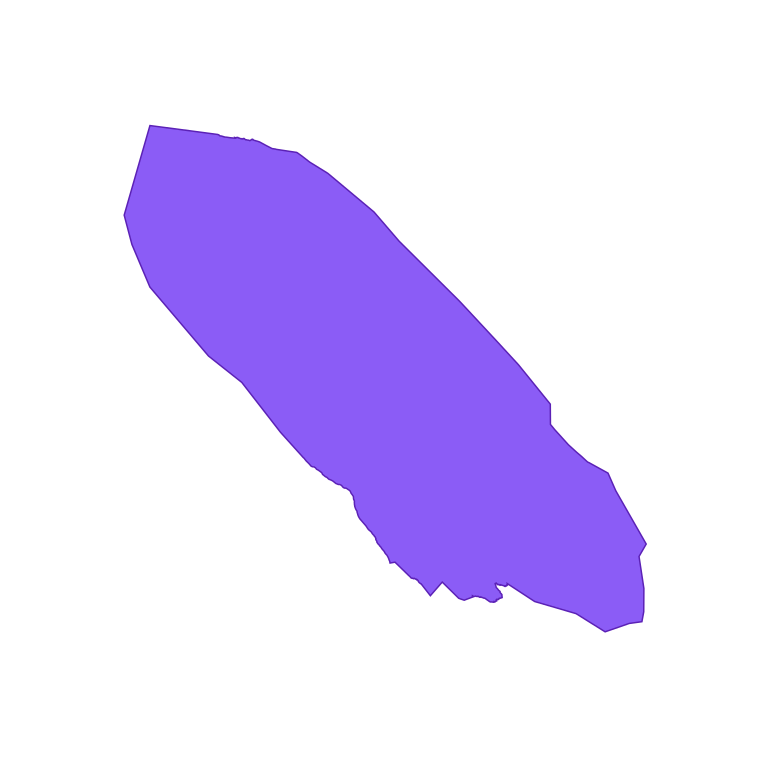 Lesja nor, Oppland, Norway (Equal Earth projection), rotated 49°
{"feature_id": "86288312B96709074525664", "entity_name": "Lesja nor", "entity_type": "district", "adm_level": 2, "iso_a3": "NOR", "parent_name": "Norway", "parent_adm1": "Oppland", "projection": "equal_earth", "projection_center": [8.709, 62.19], "detail": "fine", "context": "isolated", "style": "filled", "palette": "violet", "viewbox_px": 768, "rotation_deg": 49, "n_neighbors": 0, "source": "geoboundaries", "source_scale": "gbopen_adm2", "svg_char_len": 5563}
<svg xmlns="http://www.w3.org/2000/svg" viewBox="0 0 768 768"><g transform="rotate(49 384 384)"><path d="M352.7,493.8L386.4,493.2L387.9,493.0L388.6,493.1L391.1,493.2L394.8,492.9L397.4,492.9L398.2,492.9L399.1,492.5L399.9,492.0L400.6,491.2L401.0,491.1L401.7,490.9L402.3,490.7L403.4,490.8L404.1,490.8L404.9,490.5L406.0,490.1L407.6,489.7L408.7,489.5L409.7,489.2L410.7,489.3L412.0,489.7L413.2,489.4L414.7,489.2L415.7,489.0L416.8,488.4L417.6,488.3L419.0,488.2L420.0,488.0L420.7,487.5L423.0,486.5L424.0,486.2L427.5,485.6L428.1,485.3L428.8,484.9L429.9,484.4L430.2,483.9L430.8,483.4L431.5,483.0L432.4,482.7L433.4,482.6L434.4,482.7L435.4,482.6L436.5,482.2L437.3,481.4L437.6,481.1L438.1,480.8L440.1,480.3L441.5,479.9L442.1,479.8L442.9,479.9L444.1,480.2L444.8,480.5L446.6,480.6L448.8,480.9L450.8,482.4L451.2,482.6L451.7,482.6L452.1,482.9L452.6,483.0L453.4,483.5L453.7,483.9L455.4,485.2L455.9,485.6L456.6,485.9L457.2,486.4L458.8,487.0L459.5,487.3L461.2,487.7L462.1,487.8L462.6,488.0L463.4,488.6L464.5,489.0L465.4,489.5L466.7,490.0L468.2,490.4L470.0,490.7L470.9,490.7L475.2,490.7L476.2,490.7L478.0,490.7L479.2,490.7L482.9,491.2L483.5,491.2L484.0,491.2L486.4,490.8L487.6,490.7L488.1,490.8L488.6,490.9L489.1,491.0L490.3,491.0L490.9,491.0L491.4,490.9L492.0,490.9L492.4,491.1L492.9,491.2L493.6,491.0L494.0,491.1L494.5,491.3L494.9,491.5L495.3,491.5L495.5,491.7L495.7,492.0L496.0,492.2L496.6,492.4L497.6,492.5L498.0,492.6L498.3,492.8L498.6,493.1L499.0,493.2L500.6,493.4L501.3,493.4L501.8,493.3L502.4,493.3L503.3,493.5L503.8,493.4L504.6,493.4L505.2,493.4L506.9,493.7L509.0,493.7L509.7,493.7L511.0,493.7L511.4,494.0L512.0,494.1L513.6,494.2L515.1,494.1L515.6,494.2L517.4,494.6L518.2,494.8L519.2,495.2L520.2,495.6L521.5,496.0L521.9,496.2L522.7,496.7L523.1,496.9L525.7,492.6L544.8,491.0L546.1,490.8L546.5,490.8L546.9,490.8L547.0,490.8L548.1,490.8L548.3,490.7L548.5,490.6L549.1,490.3L549.2,490.0L549.3,489.9L549.8,489.6L550.1,489.6L550.5,489.3L550.6,489.2L550.5,488.7L551.6,488.2L552.2,488.1L552.4,488.0L552.4,487.8L552.7,487.8L553.2,487.8L553.2,487.5L553.2,487.4L553.3,487.3L553.9,487.3L554.1,487.3L555.0,487.3L555.1,487.5L555.3,487.6L556.2,487.7L557.3,487.7L557.7,487.6L558.1,487.5L558.3,487.4L558.6,487.4L558.8,487.4L559.1,487.1L574.2,487.9L571.7,470.0L594.7,468.2L596.4,467.3L599.8,465.3L602.8,457.2L602.6,457.1L602.7,456.7L601.8,456.1L602.2,455.9L602.8,456.2L603.1,456.5L604.0,454.2L604.5,453.9L604.8,453.7L605.6,453.0L605.7,452.8L605.7,452.6L605.8,452.4L606.5,452.0L607.0,452.0L607.7,451.7L607.8,451.5L607.9,451.4L608.2,451.1L608.1,450.9L608.1,450.7L608.4,450.5L609.1,450.3L609.4,450.0L609.6,449.9L609.8,449.8L610.8,449.3L611.0,449.2L611.4,448.9L611.5,448.7L611.9,448.4L613.8,448.0L616.1,447.4L617.1,447.2L618.0,446.9L618.3,446.7L618.5,446.5L619.0,445.9L619.3,445.5L619.6,445.3L619.8,445.1L620.1,444.9L620.5,444.6L620.7,444.2L620.5,443.8L620.4,443.7L620.6,443.6L621.1,443.5L621.3,443.4L621.3,443.1L621.1,442.9L621.0,442.6L621.4,441.7L621.6,441.5L621.7,441.3L621.6,441.0L621.5,440.9L621.3,440.8L620.7,440.9L620.4,440.7L620.4,440.3L621.1,439.4L621.7,439.0L621.7,438.9L621.8,438.7L621.4,438.2L621.3,437.8L621.3,437.6L621.5,437.4L622.1,436.5L622.3,435.8L622.6,435.4L622.7,435.1L622.6,434.8L621.3,434.0L621.0,433.8L620.8,433.5L620.6,433.3L620.1,433.2L619.6,433.1L617.8,433.2L617.5,433.2L617.3,433.1L616.9,432.6L616.6,432.5L616.0,432.6L615.0,432.8L614.7,432.8L613.3,432.7L612.7,432.7L612.4,432.7L611.8,432.8L611.2,432.8L609.7,432.0L607.8,431.2L607.5,431.0L607.5,430.9L608.2,430.8L608.3,430.8L608.3,430.6L608.1,430.2L607.9,430.0L607.9,429.9L608.3,429.9L608.9,429.9L609.2,429.8L609.4,429.7L609.9,429.8L610.2,429.7L610.1,429.4L610.5,429.2L610.6,428.9L611.0,428.7L612.0,428.5L612.1,428.3L611.9,428.1L611.8,427.8L611.9,427.7L612.1,427.5L612.7,427.4L612.8,427.3L612.9,427.2L613.4,426.9L614.1,426.4L614.4,426.2L615.1,425.9L615.8,425.7L616.2,425.5L616.3,425.4L616.3,425.2L616.1,425.1L615.7,425.0L615.7,424.9L616.3,424.5L616.6,424.3L616.8,424.0L616.8,423.9L616.3,423.3L616.4,423.2L616.7,423.0L616.7,422.9L616.7,422.6L615.5,421.9L647.0,413.0L683.3,389.7L716.1,379.7L725.6,356.0L732.6,345.3L726.3,337.4L708.8,322.0L681.5,304.7L676.8,291.1L616.6,279.1L598.2,273.4L584.9,278.3L577.8,280.9L577.0,281.3L576.5,281.5L575.9,281.6L574.2,281.8L568.5,282.4L561.9,283.4L550.8,284.7L530.3,285.1L523.7,284.9L508.3,271.7L457.8,269.9L426.0,270.8L375.7,272.5L370.9,272.7L286.1,278.9L247.6,278.7L188.1,288.2L167.8,294.5L158.1,296.4L152.7,297.7L151.9,298.0L136.3,311.3L135.6,311.7L132.9,314.0L126.9,316.4L119.7,319.1L117.8,320.2L115.9,321.5L115.5,321.7L115.0,322.1L114.8,322.2L114.3,322.4L113.3,322.5L112.9,322.8L113.1,323.1L112.7,323.3L112.6,323.7L112.5,324.2L112.6,324.7L112.5,325.2L112.2,325.5L112.1,325.8L111.1,326.2L110.8,326.6L109.9,327.3L109.3,327.7L109.0,328.1L108.5,328.3L107.0,328.5L106.8,328.9L106.4,329.1L106.3,329.4L106.5,329.6L106.3,329.9L106.0,330.1L105.9,330.3L105.6,330.6L105.3,330.7L105.3,330.8L104.5,331.4L103.6,331.8L103.5,332.0L103.3,332.1L103.2,332.1L102.7,332.4L102.1,332.5L101.9,332.7L101.9,332.8L101.5,333.1L101.5,333.4L101.4,333.4L101.4,333.5L101.4,333.8L100.9,334.3L100.6,334.5L100.4,334.8L100.0,335.0L100.3,335.2L100.6,335.3L96.9,338.8L95.0,340.4L93.7,341.6L93.5,341.9L93.3,342.1L92.8,342.3L92.7,342.5L92.3,342.7L92.2,342.8L91.8,343.0L91.7,343.0L91.3,343.4L91.1,343.4L90.9,343.6L90.3,343.9L90.1,344.2L89.7,344.4L89.4,344.8L89.2,345.0L88.7,345.1L87.8,345.2L87.4,345.3L87.2,345.4L87.1,345.6L86.8,345.7L86.3,346.0L86.1,346.2L85.9,346.4L70.5,360.0L35.4,391.1L86.1,469.3L113.3,482.7L157.3,497.1L247.8,498.1L289.5,490.3L352.7,493.8Z" fill="#8b5cf6" stroke="#5b21b6" stroke-width="1.5"/></g></svg>